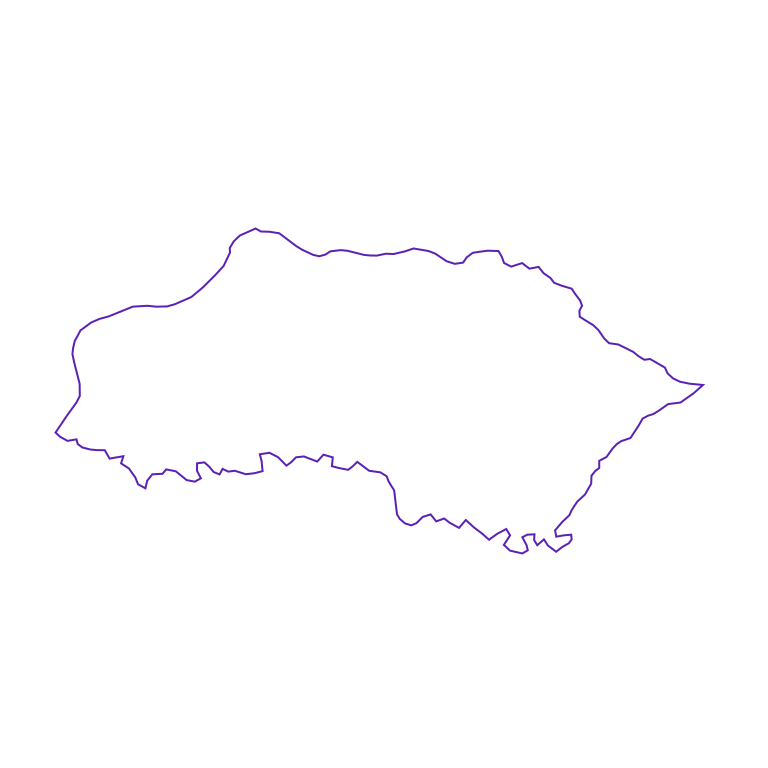 Alvorada do Sul, Paraná, Brazil, rotated 283°
{"feature_id": "56859067B67117071353938", "entity_name": "Alvorada do Sul", "entity_type": "district", "adm_level": 2, "iso_a3": "BRA", "parent_name": "Brazil", "parent_adm1": "Paraná", "projection": "equal_earth", "projection_center": [-51.267, -22.816], "detail": "fine", "context": "isolated", "style": "outline", "palette": "violet", "viewbox_px": 768, "rotation_deg": 283, "n_neighbors": 0, "source": "geoboundaries", "source_scale": "gbopen_adm2", "svg_char_len": 2705}
<svg xmlns="http://www.w3.org/2000/svg" viewBox="0 0 768 768"><g transform="rotate(283 384 384)"><path d="M446.3,191.4L437.4,185.8L425.4,176.7L414.7,162.3L410.8,155.2L408.1,144.7L407.0,135.9L402.8,121.7L387.9,100.5L383.6,92.4L378.1,84.9L368.0,76.2L362.2,74.7L356.4,73.0L348.9,73.0L343.0,73.7L334.7,77.6L315.7,87.4L303.9,90.3L296.5,88.4L281.9,82.2L262.8,74.9L259.7,80.3L257.4,88.4L260.9,96.8L256.6,99.1L254.3,104.3L254.1,112.5L255.0,119.3L256.7,126.8L249.6,133.4L252.6,140.5L255.0,146.3L247.5,145.7L244.3,154.5L237.0,162.7L231.0,166.9L228.7,175.0L236.5,175.0L243.9,178.6L246.7,188.4L251.8,191.0L252.1,200.8L246.0,213.3L246.3,221.6L250.9,226.8L257.4,221.3L264.7,219.7L267.2,226.6L264.2,232.2L259.9,237.9L258.9,244.1L265.0,245.8L263.6,252.0L265.9,258.2L265.0,269.6L267.9,277.8L271.8,285.3L281.6,282.0L287.6,278.8L291.2,287.8L288.9,297.2L282.5,307.3L286.7,311.0L292.8,314.8L295.4,322.3L293.4,336.4L301.5,340.9L301.0,350.6L292.2,351.7L292.0,359.1L292.3,368.3L296.4,371.8L302.1,375.5L296.1,389.1L297.1,400.3L294.7,407.4L290.5,410.1L286.4,414.0L282.7,417.8L259.9,426.0L256.2,429.6L252.9,435.8L252.4,442.3L255.7,446.9L263.3,451.7L267.4,458.8L261.9,465.8L266.5,472.9L263.6,479.1L260.7,489.5L269.9,494.3L264.6,503.7L260.4,513.0L255.9,521.4L263.5,528.0L270.2,535.7L264.9,540.9L254.2,537.0L250.0,544.2L250.0,556.9L254.3,561.5L259.0,559.2L265.8,553.3L269.4,557.5L271.4,564.4L265.7,565.4L261.4,569.6L268.6,574.8L263.5,580.0L259.3,589.5L265.3,594.3L270.4,599.9L274.7,601.8L279.3,600.3L277.0,593.3L274.0,586.2L279.9,583.6L289.8,588.8L297.8,594.1L302.7,595.1L308.3,597.0L313.1,598.9L321.5,604.7L333.5,608.3L341.3,606.8L346.6,609.3L350.6,612.6L357.6,611.0L362.9,617.2L372.2,621.1L377.8,624.3L381.7,628.0L386.8,636.3L394.1,639.0L400.3,641.3L408.5,643.8L412.5,648.4L415.4,653.3L420.3,658.2L428.3,665.3L432.7,677.1L444.8,687.9L454.8,695.0L453.0,681.3L452.8,671.9L454.5,664.4L458.1,657.9L463.2,654.0L468.2,637.7L466.2,632.2L468.4,625.6L471.3,619.7L473.2,612.0L475.2,603.5L474.4,594.1L478.0,588.2L484.8,580.8L488.5,574.4L491.5,565.4L493.6,559.6L499.4,557.9L504.8,559.4L509.5,556.3L515.0,549.7L519.1,545.5L519.7,535.5L520.9,527.0L524.7,522.4L527.9,514.5L532.9,508.3L529.1,499.7L532.9,491.4L527.0,481.6L528.9,473.8L534.7,470.0L539.3,465.6L537.2,455.0L534.5,447.8L531.8,441.0L526.0,436.1L520.1,433.8L517.0,425.9L517.7,417.4L522.6,404.5L523.6,397.4L522.7,382.3L517.9,374.5L512.8,364.1L511.4,356.6L507.5,348.1L506.1,341.6L505.3,335.4L505.6,318.4L504.7,311.7L501.2,301.9L496.8,297.6L493.9,292.1L493.9,285.9L496.4,274.1L498.8,267.0L507.3,248.1L506.6,238.3L504.9,229.8L506.6,223.9L500.5,215.8L496.4,210.3L489.4,205.6L481.8,203.1L477.4,204.4L463.0,201.2L452.1,195.0L446.3,191.4Z" fill="none" stroke="#5b21b6" stroke-width="2"/></g></svg>